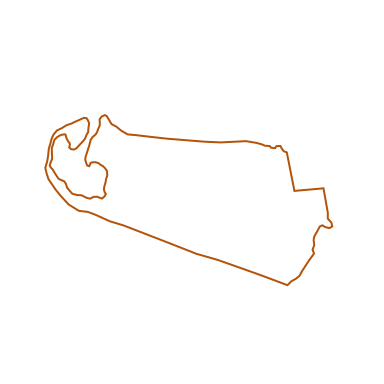 outline of Temotu, Tuvalu, rotated 321°
{"feature_id": "33948139B29442200117602", "entity_name": "Temotu", "entity_type": "district", "adm_level": 2, "iso_a3": "TUV", "parent_name": "Tuvalu", "parent_adm1": "", "projection": "orthographic", "projection_center": [178.67, -7.47], "detail": "fine", "context": "isolated", "style": "outline", "palette": "amber", "viewbox_px": 384, "rotation_deg": 321, "n_neighbors": 0, "source": "geoboundaries", "source_scale": "gbopen_adm2", "svg_char_len": 2139}
<svg xmlns="http://www.w3.org/2000/svg" viewBox="0 0 384 384"><g transform="rotate(321 192 192)"><path d="M248.1,316.6L249.4,312.7L250.9,311.8L253.6,310.2L256.2,306.0L258.2,304.1L259.5,303.4L261.0,302.7L263.8,301.7L267.5,300.1L269.7,299.2L272.3,299.9L273.5,303.1L276.0,306.5L279.3,307.0L281.0,303.7L280.8,298.1L284.5,293.6L296.5,271.9L272.3,255.6L290.6,220.9L288.9,217.9L289.1,214.6L289.7,211.9L286.5,209.5L284.1,210.2L281.3,207.3L281.3,205.1L280.0,204.0L277.8,201.9L276.3,199.0L273.0,194.4L266.0,186.5L245.6,171.6L238.7,165.5L233.4,160.8L206.2,134.9L191.4,119.9L184.2,112.5L178.3,106.8L175.7,100.2L174.2,93.2L172.2,88.6L172.9,83.8L173.5,79.4L172.7,77.4L169.2,76.5L165.9,77.4L163.9,80.2L162.0,82.4L158.7,84.0L156.3,85.5L153.5,86.6L148.9,86.8L146.1,87.7L140.7,91.7L138.0,93.4L135.0,95.4L131.5,97.6L129.3,99.8L128.3,102.2L127.2,105.3L128.3,107.2L128.9,107.0L130.2,106.4L131.1,105.7L132.6,105.9L134.3,107.0L135.9,108.3L137.6,111.0L138.0,113.2L139.1,116.0L139.4,119.1L139.1,121.9L139.1,122.2L136.7,125.7L133.3,127.9L130.9,130.1L127.4,132.5L125.2,134.5L123.9,137.5L123.9,139.3L121.3,140.4L117.8,140.4L115.3,136.0L112.6,133.9L108.5,133.0L106.0,129.5L104.3,125.3L100.7,121.9L97.9,118.1L97.7,113.7L97.7,109.7L99.2,106.3L99.4,103.2L97.9,100.4L96.6,97.7L97.1,92.6L97.5,89.1L97.9,87.0L97.7,84.9L97.9,82.1L100.5,80.2L104.1,78.3L105.5,76.5L107.0,74.4L110.8,69.5L114.3,67.4L117.9,64.9L121.0,64.5L123.8,64.7L126.8,65.5L129.5,67.2L129.8,68.0L128.3,71.2L127.6,75.0L127.6,77.3L127.0,78.3L124.7,80.0L124.9,82.5L127.0,84.7L129.6,85.3L135.1,84.5L139.1,84.0L142.5,83.2L145.9,81.3L149.1,80.0L151.6,77.3L155.3,73.9L156.3,70.6L156.5,68.2L154.6,66.3L150.6,65.3L145.1,63.8L141.6,63.0L136.4,61.1L131.2,60.5L125.9,59.2L120.6,60.2L116.4,62.3L112.6,65.1L107.9,68.3L103.4,72.9L98.7,77.1L93.2,80.9L90.7,86.1L88.6,91.6L87.5,104.0L87.5,112.4L88.3,124.2L92.2,135.4L98.5,141.9L102.4,148.5L109.8,163.2L117.9,175.1L118.0,175.3L133.7,202.7L135.5,205.8L153.5,237.4L156.3,242.5L169.2,260.9L185.8,288.0L195.1,303.3L205.5,321.0L207.6,324.5L213.1,323.9L218.1,324.8L222.8,324.8L227.9,322.7L239.9,318.8L246.0,317.2L248.1,316.6Z" fill="none" stroke="#b45309" stroke-width="2"/></g></svg>